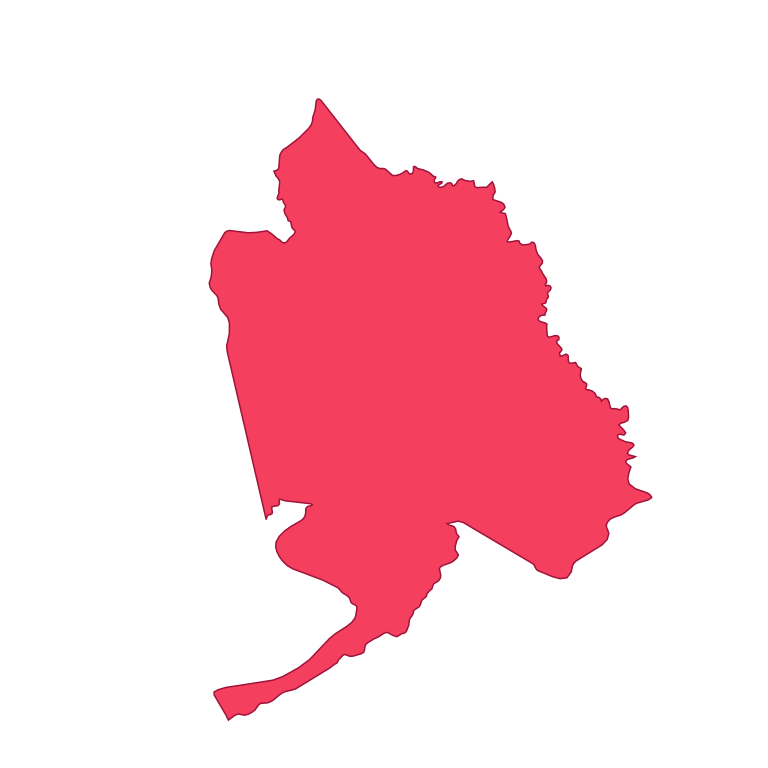 SVG path tracing the border of Guainía, rotated 77°
{"feature_id": "COL-1424", "entity_name": "Guainía", "entity_type": "Commissiary", "adm_level": 1, "iso_a3": "COL", "parent_name": "Colombia", "parent_adm1": "", "projection": "robinson", "projection_center": [-68.772, 2.606], "detail": "fine", "context": "isolated", "style": "filled", "palette": "rose", "viewbox_px": 768, "rotation_deg": 77, "n_neighbors": 0, "source": "natural_earth", "source_scale": "10m", "svg_char_len": 6166}
<svg xmlns="http://www.w3.org/2000/svg" viewBox="0 0 768 768"><g transform="rotate(77 384 384)"><path d="M648.9,619.4L645.9,618.9L644.6,614.7L644.1,606.2L647.6,558.9L646.3,548.5L641.3,531.2L635.7,518.4L619.9,494.6L616.4,487.7L611.8,474.8L608.9,468.8L605.2,464.7L602.9,463.4L596.7,460.9L594.5,460.6L593.2,461.5L590.7,464.5L589.4,465.2L584.3,465.9L581.8,467.7L577.9,471.6L572.3,474.6L561.2,487.9L543.7,514.3L539.3,519.0L533.5,522.7L528.8,524.7L523.6,526.0L518.4,526.2L513.6,524.6L508.7,520.1L504.8,513.7L501.8,506.6L498.6,496.0L497.2,493.0L495.0,490.8L491.7,489.2L488.7,488.5L487.6,488.0L486.5,486.7L486.1,485.5L486.1,482.2L485.4,481.1L484.2,482.3L475.5,506.8L472.7,511.6L473.6,512.3L477.3,512.8L478.7,514.7L478.3,518.3L478.7,521.3L484.1,521.6L485.2,522.4L485.7,523.8L485.5,525.9L485.9,526.9L487.2,528.0L489.6,529.3L317.2,529.5L311.3,528.7L300.3,523.4L289.7,520.9L284.2,521.3L274.2,526.4L268.3,527.0L265.2,526.5L262.6,526.4L260.1,527.1L253.9,530.7L251.2,531.6L246.3,531.6L241.0,528.4L234.7,526.2L227.8,525.6L223.3,523.8L216.0,519.5L200.6,505.0L199.6,502.4L199.8,499.6L206.1,482.4L207.6,473.9L208.4,463.5L212.7,459.4L218.5,455.3L219.7,453.6L223.4,451.1L224.2,448.5L224.1,447.5L220.4,442.8L217.9,438.0L215.9,436.5L214.3,436.4L212.6,437.8L210.3,438.6L205.9,438.4L204.2,438.8L203.6,440.4L202.7,440.8L201.5,440.6L200.1,440.8L195.8,442.2L192.4,442.3L190.9,441.6L189.9,440.6L189.0,439.9L187.1,440.1L184.6,441.1L182.1,441.2L181.1,441.6L180.9,442.6L181.1,444.0L180.7,445.6L179.2,446.4L177.3,445.4L173.9,443.2L172.1,443.1L164.3,440.3L162.2,440.2L158.2,441.6L157.2,442.4L151.9,443.4L151.6,440.1L150.4,438.3L149.1,437.5L148.0,437.4L137.7,434.1L135.0,431.9L133.1,429.8L131.3,424.8L125.3,411.7L118.2,400.2L115.1,396.7L111.9,394.6L108.4,393.5L101.1,389.3L92.9,386.3L91.5,384.7L91.7,383.3L93.5,381.6L150.9,354.7L155.7,350.4L167.8,344.5L171.3,342.2L173.0,339.9L173.9,336.0L175.1,334.1L182.6,328.9L183.5,325.9L183.4,322.0L182.7,318.7L181.5,316.0L181.1,314.4L181.7,313.5L184.9,311.9L185.4,310.5L185.2,309.0L183.9,307.8L182.5,307.3L179.2,306.5L178.7,305.6L179.3,304.7L181.8,302.5L184.2,297.6L187.4,293.2L189.4,291.3L192.8,289.1L193.3,287.8L194.0,287.1L194.6,287.2L196.5,289.2L197.9,289.6L199.6,288.8L200.0,286.9L199.6,284.8L199.7,282.8L200.2,282.0L200.9,282.1L201.5,283.2L202.4,286.2L203.3,286.7L204.7,285.8L205.2,283.8L205.0,281.5L202.6,277.0L202.9,273.9L204.0,272.9L206.3,272.5L206.6,271.7L206.1,270.3L204.9,268.3L202.9,266.6L201.7,264.5L201.5,262.2L203.6,259.7L204.6,257.9L205.2,255.9L205.9,255.1L206.1,250.9L211.9,251.1L213.5,249.6L214.7,242.4L215.5,239.8L212.3,234.8L211.4,233.0L214.3,232.3L218.3,232.1L221.8,232.5L223.4,233.7L224.0,234.7L225.5,235.6L228.8,236.4L232.7,229.9L234.1,228.1L236.0,226.8L238.8,226.3L240.0,227.1L241.1,228.7L242.7,232.2L243.8,230.7L245.2,227.5L247.6,227.2L257.6,227.5L261.2,226.9L263.7,226.0L266.0,226.0L269.1,228.6L271.4,231.1L273.0,231.9L273.8,230.3L274.3,221.7L275.3,220.1L277.2,220.1L279.7,217.7L280.5,211.3L280.1,209.7L279.1,208.4L279.6,206.6L280.9,205.7L283.7,205.4L286.0,205.6L289.2,205.5L292.6,204.9L296.8,202.7L299.6,201.8L301.9,202.6L304.6,206.0L305.9,206.7L307.2,205.9L309.5,205.1L312.6,204.4L318.2,202.3L321.1,202.5L323.6,204.5L324.6,204.4L324.8,201.9L326.0,200.0L327.8,199.6L329.8,200.7L330.9,202.8L332.0,204.2L333.6,204.3L335.3,204.1L336.3,204.3L338.0,206.5L340.6,207.7L341.4,208.4L341.6,209.6L341.5,211.7L341.7,212.3L342.9,212.0L346.3,209.2L348.0,208.6L349.4,209.4L352.0,211.6L353.0,211.6L352.5,216.2L353.3,217.0L354.0,218.4L355.2,219.3L357.5,218.5L358.7,217.0L360.7,213.3L362.4,211.7L364.3,212.6L373.8,214.1L375.6,212.8L375.3,206.2L376.3,203.8L377.4,203.2L378.2,203.0L380.2,203.8L380.4,204.2L380.5,205.6L381.8,206.3L383.8,206.1L388.7,203.3L390.3,202.8L391.6,203.8L393.3,206.1L396.7,206.0L396.5,203.1L395.8,199.8L397.7,198.2L403.6,199.2L405.4,198.4L405.9,196.6L406.1,192.5L410.3,191.5L413.4,188.3L415.2,188.9L417.7,190.2L420.0,191.0L424.6,190.5L426.5,189.4L427.9,187.7L429.3,186.6L431.1,186.8L432.6,188.0L434.1,188.6L435.0,187.8L436.0,185.3L437.8,182.7L440.1,180.7L444.7,179.5L445.3,177.7L446.9,176.4L448.5,175.9L449.7,176.0L448.2,173.6L447.8,171.5L448.8,169.5L451.8,168.8L458.0,168.7L459.3,167.7L459.8,165.1L460.8,162.4L462.3,160.3L461.6,158.5L459.9,156.0L459.7,153.1L461.7,151.9L464.9,152.0L471.2,153.1L474.4,154.7L475.3,158.2L475.5,162.0L476.7,164.5L482.5,160.9L486.0,159.5L487.6,161.5L487.1,163.3L486.2,164.9L485.8,166.5L486.7,167.9L488.7,168.3L490.6,167.0L493.9,162.7L495.0,160.9L496.7,156.7L497.9,154.9L499.8,154.2L501.3,155.8L503.4,160.0L506.2,162.4L508.1,161.4L511.3,155.4L512.0,157.8L512.3,163.6L513.4,165.6L515.0,165.8L517.0,164.8L520.4,162.1L525.7,165.4L531.1,167.8L536.6,167.6L542.6,162.7L549.6,151.6L551.6,149.9L554.3,148.6L555.2,149.3L556.5,153.2L556.9,163.3L557.6,166.9L563.4,178.2L564.8,182.3L565.6,190.4L566.6,194.2L569.2,197.7L572.0,199.3L574.6,199.3L577.3,198.8L580.3,198.6L585.7,201.5L589.8,207.7L599.6,236.5L601.6,239.7L603.8,241.4L609.2,243.8L614.0,249.4L613.3,256.3L609.6,263.2L600.8,275.6L599.1,277.1L597.6,277.7L594.4,278.4L592.7,279.3L536.7,338.0L534.3,342.6L534.2,353.9L536.3,352.0L537.4,349.7L538.9,347.7L541.8,346.8L545.0,347.0L546.6,346.9L549.4,345.3L550.6,345.9L552.2,347.9L558.2,351.1L561.7,352.0L564.6,350.8L567.4,350.0L570.0,352.4L572.1,356.1L573.1,359.1L573.9,366.5L574.8,370.1L576.5,371.6L583.0,371.7L585.7,372.7L587.9,374.9L588.5,376.2L589.4,379.3L590.0,380.6L591.3,381.7L594.4,383.4L595.5,385.8L597.8,389.0L598.4,389.6L600.2,390.3L601.2,391.7L602.9,395.3L604.3,396.5L607.5,398.4L608.9,399.7L611.1,405.6L612.3,406.5L613.9,407.0L615.5,408.3L618.3,411.4L619.6,412.3L624.7,414.2L629.6,417.5L630.8,418.8L631.3,420.4L631.3,423.5L632.1,425.0L633.1,428.3L631.1,431.7L628.4,434.7L626.7,436.8L626.8,439.9L629.1,446.1L630.1,451.2L632.5,458.2L633.7,460.4L635.9,461.8L638.6,462.7L640.7,464.0L641.7,466.6L642.2,475.5L641.7,478.4L638.7,483.0L639.1,485.1L641.2,488.1L642.3,490.2L645.0,492.3L645.6,493.6L646.0,495.4L648.6,501.0L661.1,538.4L661.5,542.0L661.5,549.3L662.1,552.5L663.5,556.1L666.6,561.9L667.9,565.4L668.5,569.0L667.5,575.8L668.1,578.0L672.6,583.0L674.1,586.3L675.2,590.3L675.4,594.2L672.7,600.3L673.4,604.2L676.5,611.2L670.9,612.5L648.9,619.4Z" fill="#f43f5e" stroke="#9f1239" stroke-width="1.5"/></g></svg>